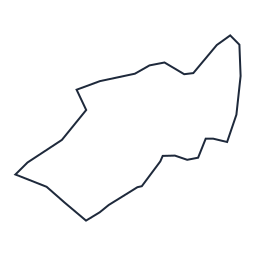 SVG path tracing the border of Eastern Tobago
{"feature_id": "TTO-50", "entity_name": "Eastern Tobago", "entity_type": "Region", "adm_level": 1, "iso_a3": "TTO", "parent_name": "Trinidad and Tobago", "parent_adm1": "", "projection": "mercator", "projection_center": [-60.599, 11.278], "detail": "fine", "context": "isolated", "style": "outline", "palette": "slate", "viewbox_px": 256, "rotation_deg": 0, "n_neighbors": 0, "source": "natural_earth", "source_scale": "10m", "svg_char_len": 489}
<svg xmlns="http://www.w3.org/2000/svg" viewBox="0 0 256 256"><path d="M76.6,89.7L100.0,81.1L134.9,73.7L149.5,65.4L164.5,62.5L184.2,74.2L193.3,73.1L216.8,45.0L230.2,35.4L239.4,44.7L240.6,76.0L236.4,114.7L227.1,142.0L213.3,138.7L205.7,138.7L198.1,157.7L187.2,159.8L174.9,155.6L162.7,155.9L160.3,161.4L141.8,186.2L137.4,187.2L108.7,205.0L99.7,212.3L86.0,220.6L64.4,202.4L46.6,186.8L15.4,174.5L27.5,162.5L61.9,139.9L86.2,110.0L76.6,89.7Z" fill="none" stroke="#1e293b" stroke-width="2"/></svg>